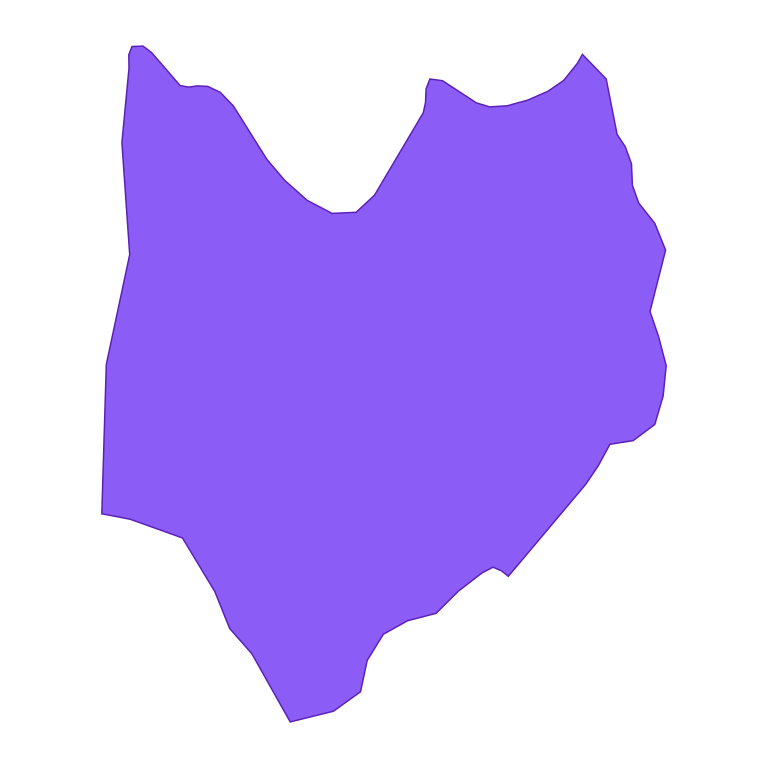 Kirundo, Equal Earth projection
{"feature_id": "BDI-2643", "entity_name": "Kirundo", "entity_type": "Province", "adm_level": 1, "iso_a3": "BDI", "parent_name": "Burundi", "parent_adm1": "", "projection": "equal_earth", "projection_center": [30.179, -2.549], "detail": "fine", "context": "isolated", "style": "filled", "palette": "violet", "viewbox_px": 768, "rotation_deg": 0, "n_neighbors": 0, "source": "natural_earth", "source_scale": "10m", "svg_char_len": 964}
<svg xmlns="http://www.w3.org/2000/svg" viewBox="0 0 768 768"><path d="M489.6,106.9L507.1,105.8L527.7,100.1L548.0,91.2L563.6,80.5L577.5,63.2L582.4,54.4L606.2,79.0L617.1,134.4L625.2,146.6L631.5,163.9L632.4,185.3L638.8,203.2L654.8,223.4L665.6,250.1L650.0,311.5L658.4,336.0L666.2,365.7L663.1,396.2L654.8,424.4L633.2,440.6L609.9,444.3L598.2,465.8L585.8,484.2L508.3,576.3L501.6,570.9L493.0,567.2L482.2,572.8L458.4,591.1L436.1,613.3L407.6,620.7L383.4,634.2L367.2,660.4L360.5,691.8L333.4,711.2L290.2,721.9L251.9,653.8L229.6,628.4L214.9,591.7L182.5,538.0L130.0,519.2L101.8,513.8L106.3,364.5L129.7,254.6L121.9,142.7L129.0,68.2L128.8,54.7L132.0,46.5L143.0,46.1L151.7,52.7L159.1,61.3L161.0,63.4L180.0,85.5L188.4,87.1L197.5,85.9L207.8,86.4L220.2,92.3L233.4,106.0L266.9,159.4L284.6,180.3L307.2,200.4L332.0,213.4L356.1,212.3L374.5,195.2L423.3,112.7L425.5,102.5L426.1,88.8L429.9,79.0L442.5,80.7L476.2,102.8L489.6,106.9Z" fill="#8b5cf6" stroke="#5b21b6" stroke-width="1.5"/></svg>